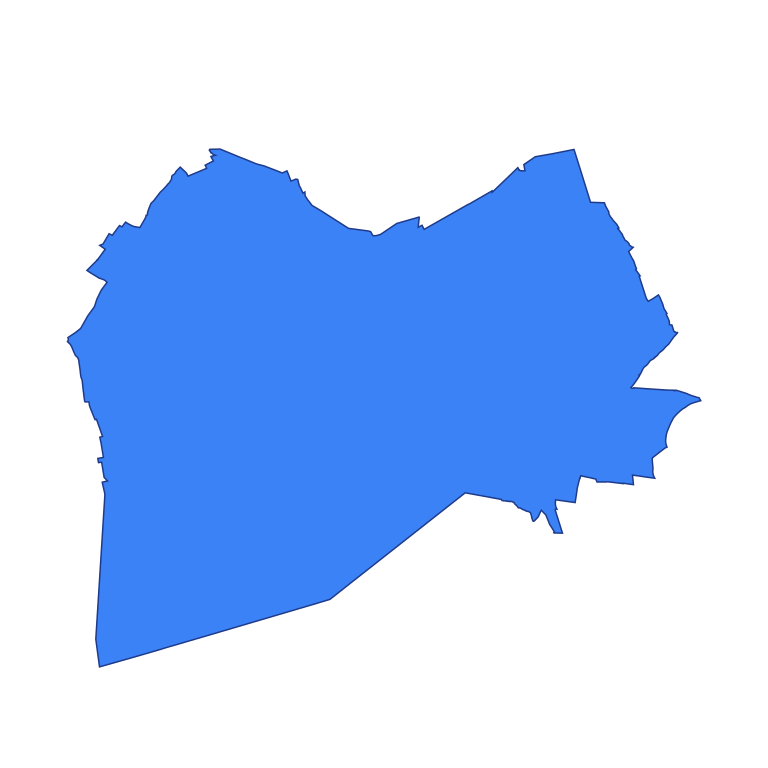 Maashorst, Noord-Brabant, Netherlands (Mercator projection), rotated 84°
{"feature_id": "6326949B62746426981431", "entity_name": "Maashorst", "entity_type": "district", "adm_level": 2, "iso_a3": "NLD", "parent_name": "Netherlands", "parent_adm1": "Noord-Brabant", "projection": "mercator", "projection_center": [5.647, 51.695], "detail": "fine", "context": "isolated", "style": "filled", "palette": "blue", "viewbox_px": 768, "rotation_deg": 84, "n_neighbors": 0, "source": "geoboundaries", "source_scale": "gbopen_adm2", "svg_char_len": 5978}
<svg xmlns="http://www.w3.org/2000/svg" viewBox="0 0 768 768"><g transform="rotate(84 384 384)"><path d="M635.6,696.5L628.1,653.5L624.1,631.5L623.9,630.9L619.9,608.8L613.6,574.3L595.0,473.2L592.5,460.2L578.7,438.4L500.7,314.6L511.0,279.5L512.0,279.0L512.2,278.8L512.3,278.5L512.8,276.8L512.8,276.0L513.1,274.6L513.5,274.2L513.3,273.3L513.4,273.0L513.7,272.8L513.8,272.5L513.8,272.1L513.8,271.5L514.2,270.9L514.2,270.5L513.9,269.9L514.0,269.7L514.3,269.2L514.6,268.4L515.1,267.9L515.3,267.3L515.4,267.1L515.7,266.9L516.3,266.9L517.7,265.8L518.2,265.3L518.7,265.0L519.2,264.5L519.5,264.3L520.5,263.8L521.0,263.5L521.2,263.2L521.4,262.7L521.4,262.0L521.6,261.4L521.8,261.1L522.9,259.8L523.0,259.5L523.7,258.5L523.8,257.8L524.4,257.3L524.6,256.7L524.9,256.3L525.6,255.1L525.7,254.6L525.8,254.0L526.4,252.9L527.2,251.9L527.6,251.7L528.4,251.6L529.3,251.3L532.9,250.9L533.6,250.7L534.7,250.6L535.1,250.5L535.9,250.1L536.1,249.9L536.2,249.5L536.1,249.2L536.0,248.9L532.5,244.8L532.2,244.5L527.0,241.5L526.0,240.8L531.2,236.7L541.0,233.9L549.0,229.9L549.4,230.7L549.9,230.5L551.0,222.1L527.2,226.9L526.5,226.8L526.4,226.2L526.4,225.8L526.6,225.1L524.1,225.9L523.1,226.1L522.1,226.1L520.8,226.1L517.1,225.5L521.9,206.3L514.0,204.2L507.5,202.6L498.4,199.3L498.5,199.0L495.8,198.0L496.5,196.0L497.2,193.5L497.3,193.5L499.4,186.9L499.5,186.9L499.9,185.7L500.6,183.4L503.7,182.4L504.7,172.9L504.5,172.3L508.1,156.4L507.7,156.4L510.2,146.4L500.6,146.4L502.0,140.6L504.3,131.7L506.0,124.6L504.9,125.1L502.5,125.7L500.9,125.9L499.9,125.9L498.3,125.8L497.3,125.5L495.9,125.3L488.1,125.2L485.5,124.8L480.1,116.2L477.0,111.1L476.4,109.1L472.9,109.9L470.0,109.9L466.6,109.2L463.8,108.5L461.0,107.4L454.9,104.1L452.5,102.7L450.3,101.2L447.8,99.5L445.9,97.5L444.0,95.3L441.9,92.5L440.1,89.7L438.5,86.3L437.5,84.8L436.3,82.4L435.4,79.8L435.0,77.9L434.4,74.8L433.7,70.7L430.6,72.1L429.9,74.2L427.0,80.7L426.9,80.9L426.3,82.0L425.6,83.1L424.8,84.6L422.7,89.5L420.7,94.1L420.7,94.4L420.9,94.8L421.1,95.2L421.1,95.5L420.8,95.3L420.7,94.9L420.3,98.1L420.2,98.1L419.9,101.0L419.3,105.0L418.0,112.5L416.7,120.1L413.9,135.9L414.2,136.0L414.4,137.1L413.5,138.9L410.0,135.3L405.6,131.5L403.0,129.4L402.8,129.3L402.0,128.8L402.1,129.5L401.8,129.5L401.0,128.5L400.7,127.8L396.8,125.4L395.3,124.3L394.5,123.6L393.1,121.3L391.9,119.8L388.7,116.9L388.4,116.4L388.2,116.0L387.3,113.8L387.1,113.4L386.4,112.4L386.1,112.4L385.8,112.0L386.1,112.0L385.7,111.5L384.3,109.4L383.8,108.8L382.2,107.4L381.0,105.8L380.3,104.5L379.1,102.8L376.6,100.1L375.8,99.1L374.2,96.8L367.4,90.8L365.9,89.0L363.8,86.7L363.4,87.0L363.7,87.5L363.6,87.9L362.7,88.8L362.6,89.7L362.2,90.0L361.3,90.3L355.4,91.5L355.2,92.9L355.0,93.3L354.7,93.8L353.9,93.9L352.8,93.7L352.3,93.8L351.5,93.7L348.7,94.5L346.4,95.3L344.4,96.0L343.8,95.8L343.5,95.2L340.0,96.8L338.6,97.5L338.0,97.7L333.8,98.4L332.8,98.7L330.0,99.6L328.4,100.0L325.6,101.0L324.1,101.8L327.1,107.4L329.4,112.6L326.2,114.2L303.6,118.9L303.4,118.8L303.2,118.0L297.3,121.3L296.9,121.9L296.7,121.8L295.7,120.8L294.3,121.3L289.1,122.5L287.4,122.9L285.2,124.0L277.9,126.9L274.1,121.9L273.7,122.8L273.0,123.7L272.5,124.4L271.5,125.4L270.0,125.7L269.4,126.1L268.1,127.0L267.7,127.4L266.0,129.3L265.0,129.7L263.8,130.1L261.5,131.2L261.2,131.1L260.5,131.2L260.0,131.4L257.6,132.9L256.4,133.5L253.8,135.3L253.4,134.1L249.6,135.8L245.9,138.5L244.5,139.4L243.5,139.9L241.0,141.5L238.0,142.6L236.8,142.5L236.1,142.5L231.0,144.7L226.8,145.9L224.9,159.6L189.4,166.7L170.6,170.5L172.6,192.5L173.8,209.8L180.4,222.0L186.7,221.5L186.3,225.1L185.9,226.5L185.5,227.0L185.4,227.0L185.5,227.3L183.5,227.9L183.6,228.2L182.9,228.4L188.1,235.0L204.6,256.3L203.2,256.3L214.1,280.9L214.1,281.4L234.4,327.9L230.1,329.6L231.7,333.6L221.8,331.5L221.7,332.1L222.4,335.9L224.8,349.6L225.5,353.5L225.6,354.4L234.6,371.3L235.0,372.5L235.6,376.0L235.5,378.6L235.4,378.8L235.3,379.1L235.2,379.5L234.6,379.9L231.4,381.2L230.9,381.7L230.1,383.9L225.5,403.0L204.5,429.3L198.9,436.9L192.0,441.1L188.5,442.8L184.8,442.6L185.7,444.7L179.9,446.6L177.6,447.7L177.3,447.6L171.6,448.4L171.4,449.0L171.0,450.2L172.5,455.3L170.4,455.8L167.4,456.7L166.6,456.8L161.9,458.2L163.5,463.1L160.1,469.6L154.5,480.6L153.4,483.6L152.9,485.0L151.4,488.6L145.8,498.9L144.1,502.3L133.2,522.5L132.4,532.7L133.0,532.9L133.2,533.3L136.1,531.8L135.9,531.5L137.3,530.3L138.0,529.7L138.9,527.8L139.6,532.3L140.9,531.7L141.0,531.9L144.3,530.3L147.7,539.0L149.8,538.2L151.0,537.9L156.8,557.2L154.8,557.9L154.0,558.2L152.7,559.1L147.0,564.0L150.0,567.6L150.7,568.4L151.4,569.0L152.3,569.4L152.5,569.7L152.9,570.0L153.7,571.2L154.5,572.8L155.5,573.4L158.2,574.0L160.5,575.8L161.3,576.4L162.4,577.8L164.9,580.4L167.6,583.5L168.7,584.9L169.4,585.9L169.9,586.5L175.8,592.1L177.4,593.6L179.9,596.7L180.6,597.2L184.7,599.4L188.6,601.2L191.1,601.6L191.3,602.9L193.0,603.4L195.3,604.9L200.8,608.9L202.8,610.4L202.9,610.7L202.5,611.6L201.8,614.4L201.4,615.6L201.0,616.7L200.5,617.7L198.3,621.1L196.0,624.1L200.3,628.1L198.8,630.5L207.7,638.7L205.8,641.7L215.4,648.8L216.4,652.2L220.8,647.2L227.0,652.7L230.2,655.7L230.3,656.0L230.6,655.8L230.8,656.2L230.8,656.3L240.0,667.6L243.4,663.5L247.9,657.5L248.7,656.7L250.5,652.8L251.1,651.7L251.5,651.1L252.3,650.2L253.9,648.8L260.2,654.6L261.6,655.7L269.6,660.7L270.3,661.0L276.2,663.6L277.2,664.2L283.9,670.3L285.4,671.6L296.4,679.4L297.4,680.5L297.8,681.1L300.7,685.7L304.8,693.5L305.7,693.3L307.5,693.4L307.6,693.5L308.8,694.4L311.6,692.0L312.3,691.6L314.4,690.7L319.8,689.1L323.3,687.9L325.8,685.8L328.5,685.1L329.3,685.0L330.6,685.1L337.6,684.8L342.9,684.8L345.7,684.6L348.6,683.8L359.2,683.8L362.0,683.7L364.5,683.7L370.0,683.5L370.5,683.2L370.6,682.9L370.8,680.5L370.9,679.4L371.0,679.3L374.6,679.2L376.8,678.7L389.0,675.2L389.3,675.1L389.1,673.6L406.7,669.4L407.2,672.2L412.7,671.6L427.7,670.7L428.1,676.4L432.2,676.2L432.4,676.1L432.2,673.1L432.3,673.0L447.7,672.1L447.9,671.9L451.5,669.1L452.2,674.5L463.3,673.2L465.2,673.2L607.7,697.3L635.6,696.5Z" fill="#3b82f6" stroke="#1e3a8a" stroke-width="1.5"/></g></svg>